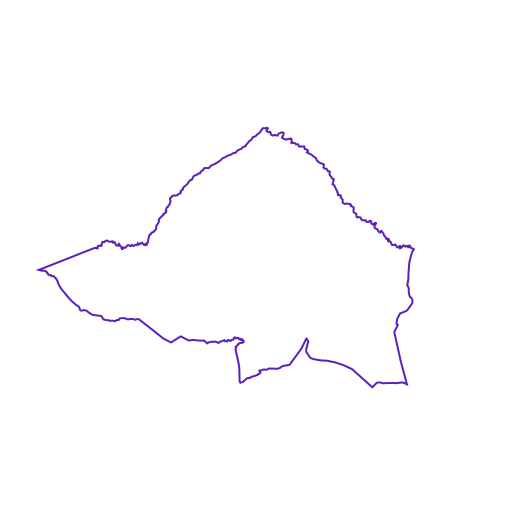 outline of Sigor, Rift Valley, Kenya, rotated 295°
{"feature_id": "3690345B8359999090101", "entity_name": "Sigor", "entity_type": "district", "adm_level": 2, "iso_a3": "KEN", "parent_name": "Kenya", "parent_adm1": "Rift Valley", "projection": "orthographic", "projection_center": [35.563, 1.576], "detail": "fine", "context": "isolated", "style": "outline", "palette": "violet", "viewbox_px": 512, "rotation_deg": 295, "n_neighbors": 0, "source": "geoboundaries", "source_scale": "gbopen_adm2", "svg_char_len": 6146}
<svg xmlns="http://www.w3.org/2000/svg" viewBox="0 0 512 512"><g transform="rotate(295 256 256)"><path d="M162.8,276.8L151.3,285.7L147.2,288.3L135.5,294.1L134.5,295.4L135.7,296.4L136.1,297.3L141.6,299.6L142.8,302.0L144.5,302.8L147.5,306.4L148.1,306.6L148.8,307.6L150.2,308.2L150.8,309.0L152.1,309.3L153.2,307.6L153.8,307.6L154.1,308.7L155.8,310.2L156.6,311.4L157.5,313.8L159.4,315.1L162.9,323.2L164.5,324.9L166.5,325.9L168.3,327.7L171.5,332.4L190.3,336.1L195.4,336.4L202.4,336.5L202.4,337.1L201.5,337.6L201.2,338.9L200.3,339.7L197.4,339.9L196.2,340.4L192.6,340.9L191.1,341.6L190.1,342.4L189.1,344.0L186.6,348.4L186.6,349.6L187.5,354.4L189.1,359.8L191.0,364.3L193.0,372.4L194.0,381.4L194.1,390.7L186.2,416.9L192.0,419.0L192.8,419.9L194.1,422.6L194.1,424.3L198.7,433.5L200.3,437.4L202.7,441.1L203.5,443.0L203.5,447.0L221.5,431.9L245.6,413.4L253.4,413.7L253.8,412.1L258.0,410.7L259.5,410.5L263.9,410.9L264.5,410.6L269.8,415.5L271.3,416.1L279.3,417.6L282.4,416.3L283.9,414.0L284.0,412.9L285.1,411.7L288.1,409.5L290.8,408.4L292.3,407.2L293.1,405.6L299.5,403.8L306.0,401.0L315.2,397.6L323.4,396.1L326.1,395.9L328.8,396.2L329.0,394.7L328.8,392.8L330.3,391.2L330.3,390.6L329.7,390.3L328.6,390.6L328.2,390.1L329.2,389.4L329.1,388.8L327.5,387.3L328.2,385.7L328.0,385.1L325.2,384.4L324.1,383.4L325.8,382.9L326.0,382.6L325.9,382.0L325.2,381.6L324.2,381.8L323.6,380.7L323.5,380.3L325.3,377.4L323.9,376.0L323.6,374.3L325.6,372.1L325.7,371.6L325.2,369.6L325.5,369.2L326.4,368.8L326.9,369.6L327.4,369.2L327.4,368.1L326.6,366.8L327.8,365.6L328.4,363.8L330.3,361.9L331.7,359.3L331.6,358.8L331.1,358.6L329.8,358.6L329.7,357.2L331.6,354.3L331.4,352.6L332.0,351.5L332.3,351.0L332.9,350.8L336.4,351.0L336.6,350.6L335.8,349.3L334.3,349.0L333.9,348.7L334.2,346.6L336.2,345.6L336.1,344.2L334.3,343.6L333.7,341.7L333.9,340.8L334.7,340.4L333.3,336.9L333.5,336.2L335.0,334.7L334.6,332.4L333.9,331.8L333.7,331.2L334.3,330.4L336.7,328.9L336.9,326.3L337.2,325.8L338.2,325.2L340.9,324.2L341.6,323.2L341.3,321.0L341.6,320.5L342.5,320.4L342.9,319.0L341.9,316.1L340.8,314.7L340.7,312.9L341.3,311.7L343.5,310.9L345.0,307.9L346.5,307.4L346.7,306.9L345.9,304.7L346.0,304.3L347.3,304.0L348.3,302.6L349.2,302.2L350.1,300.5L353.1,297.2L353.4,295.0L358.4,294.2L358.6,291.8L359.8,290.4L360.5,288.6L361.5,287.9L363.4,287.4L363.7,287.1L363.3,285.4L364.6,283.6L364.7,282.2L364.2,281.6L364.7,279.7L367.8,278.8L367.4,274.8L367.6,273.0L368.7,270.2L370.2,268.8L370.6,265.8L371.3,263.5L371.4,258.4L373.3,258.7L373.7,258.4L373.9,257.0L373.6,254.9L375.7,253.4L373.4,248.9L373.5,248.4L374.5,247.6L375.0,247.0L374.9,246.4L374.1,245.0L374.7,243.6L374.5,242.5L374.2,241.6L373.3,240.6L373.5,240.2L374.7,240.1L376.0,239.5L377.2,238.3L377.3,237.9L376.1,237.2L375.9,235.8L374.1,234.0L374.0,230.0L374.2,229.5L377.7,229.6L379.4,228.8L379.0,227.3L377.9,226.0L376.2,224.8L375.4,224.5L374.4,224.8L373.8,223.4L373.7,221.7L372.4,220.7L372.3,218.6L374.5,216.4L374.5,215.9L373.5,215.3L373.6,213.0L374.2,212.4L376.4,212.9L376.8,212.6L376.9,211.7L375.8,210.6L374.6,208.1L369.3,207.2L367.1,205.9L364.4,205.0L362.3,202.9L359.2,202.6L357.7,201.5L353.8,200.5L352.7,200.0L351.2,200.1L349.2,198.2L347.3,197.5L343.9,194.7L340.8,193.8L339.9,192.1L338.0,190.9L336.1,189.3L335.4,188.2L332.1,186.0L331.1,184.8L327.2,183.1L324.2,181.3L322.2,180.0L318.9,177.1L315.8,176.1L313.9,172.2L313.4,171.7L311.5,171.7L309.0,170.2L307.4,170.4L306.1,168.7L304.2,167.9L303.0,166.3L302.1,165.8L298.3,165.6L297.7,165.3L296.5,164.1L291.5,163.1L288.6,161.7L286.6,161.1L285.7,161.6L283.3,160.5L282.7,160.4L282.0,161.0L280.5,160.8L279.8,159.7L277.9,159.0L276.5,157.3L276.4,156.4L274.9,154.6L273.9,154.7L272.1,153.7L271.6,154.1L270.8,154.2L270.1,155.1L268.3,155.7L267.2,155.6L266.1,156.0L264.5,155.4L263.3,155.4L262.5,154.7L262.0,154.6L260.8,154.9L259.2,154.8L258.4,155.4L258.5,155.9L257.9,156.0L256.7,155.7L255.1,154.3L254.2,154.8L253.8,154.8L252.4,153.9L248.3,152.5L247.3,152.7L246.2,153.6L242.7,153.2L241.9,152.9L240.0,153.2L239.0,154.0L236.7,153.8L235.5,153.0L234.4,153.0L233.1,151.5L231.7,151.6L230.1,150.5L225.4,151.4L223.3,152.2L222.3,152.2L221.3,151.5L220.9,152.1L220.4,152.2L220.8,151.2L220.4,150.8L219.9,150.7L219.3,151.1L218.8,150.9L218.6,150.3L219.3,148.2L219.9,147.3L218.9,146.7L218.9,145.9L218.2,145.6L217.6,145.7L216.9,144.9L217.4,143.6L216.1,144.0L215.6,143.6L215.6,142.8L214.7,141.6L213.6,141.2L213.3,140.7L213.6,138.9L212.4,138.7L211.9,138.2L212.0,135.7L211.6,135.2L208.3,134.1L207.9,133.6L207.7,132.1L207.4,131.8L205.9,132.2L205.6,131.8L206.1,130.9L207.4,130.4L207.8,128.3L209.1,127.1L209.1,126.5L207.0,126.6L206.5,124.8L208.8,122.0L207.6,120.7L208.0,120.1L208.7,119.8L208.5,119.3L208.0,119.1L207.4,118.3L206.8,115.8L207.1,114.5L206.7,113.9L205.9,113.1L205.0,113.0L204.6,112.6L203.8,110.8L202.5,111.3L201.4,111.0L200.4,111.7L199.9,111.6L199.7,110.3L198.5,109.5L198.4,108.7L198.0,108.4L196.0,109.2L195.7,108.7L196.0,108.0L195.2,107.0L195.2,106.4L151.6,65.0L152.2,68.3L153.3,70.7L153.4,71.8L152.8,73.8L152.3,73.9L152.0,74.9L151.2,75.9L151.6,76.9L151.5,77.5L152.0,78.4L151.3,79.2L152.1,80.7L152.1,81.8L151.4,82.5L151.3,84.1L150.6,84.8L149.6,86.4L146.8,89.2L144.1,93.1L139.2,103.3L137.3,107.9L135.8,113.0L135.2,116.9L134.7,117.7L133.3,118.7L132.7,119.7L132.6,120.8L134.3,123.0L134.8,125.7L134.1,128.2L133.6,131.8L133.7,133.1L136.1,140.6L136.0,141.7L134.1,144.5L134.7,147.8L135.4,149.2L135.6,151.2L136.8,153.3L137.5,156.1L139.1,156.8L139.9,158.6L141.8,158.8L142.4,159.6L144.1,163.1L144.4,166.9L145.6,168.3L146.8,170.8L147.1,173.3L148.4,174.6L149.2,176.7L142.0,207.3L141.7,215.5L151.3,221.7L151.0,230.9L153.4,234.5L155.6,241.0L157.4,244.5L156.2,248.7L157.3,249.3L158.3,250.4L159.5,251.9L160.3,253.9L161.0,254.6L161.4,256.9L161.2,258.0L161.8,259.2L162.8,259.4L166.3,262.9L165.7,263.6L165.7,264.2L166.7,265.5L166.6,266.1L167.6,265.9L168.3,266.6L168.2,268.8L169.6,269.3L170.6,270.8L172.7,270.7L173.4,271.4L172.9,272.4L173.1,273.0L174.2,273.9L174.3,274.3L173.5,276.0L174.1,276.3L173.8,276.7L174.4,277.6L174.6,278.8L173.6,278.5L173.7,280.6L173.4,281.0L172.7,281.1L171.6,280.3L170.3,278.2L169.9,277.7L168.8,277.5L168.2,276.8L167.2,277.1L165.4,276.0L165.3,276.5L164.8,276.7L162.8,276.8Z" fill="none" stroke="#5b21b6" stroke-width="2"/></g></svg>